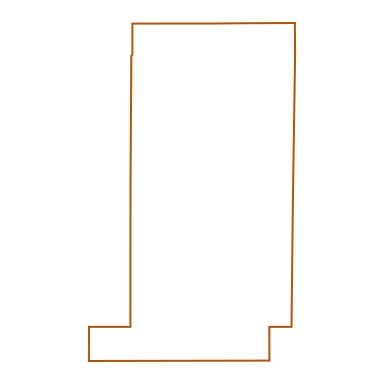 outline of Liberty, Montana, United States of America
{"feature_id": "52423323B12424842950732", "entity_name": "Liberty", "entity_type": "district", "adm_level": 2, "iso_a3": "USA", "parent_name": "United States of America", "parent_adm1": "Montana", "projection": "robinson", "projection_center": [-111.06, 48.565], "detail": "fine", "context": "isolated", "style": "outline", "palette": "amber", "viewbox_px": 384, "rotation_deg": 0, "n_neighbors": 0, "source": "geoboundaries", "source_scale": "gbopen_adm2", "svg_char_len": 320}
<svg xmlns="http://www.w3.org/2000/svg" viewBox="0 0 384 384"><path d="M89.0,326.9L88.9,361.0L269.4,360.6L269.3,326.9L291.5,326.9L293.0,191.6L295.1,56.0L294.9,23.0L250.6,23.2L250.4,23.2L214.5,23.5L132.4,23.6L132.4,54.9L131.3,56.0L130.5,191.6L130.4,326.9L89.0,326.9Z" fill="none" stroke="#b45309" stroke-width="2"/></svg>